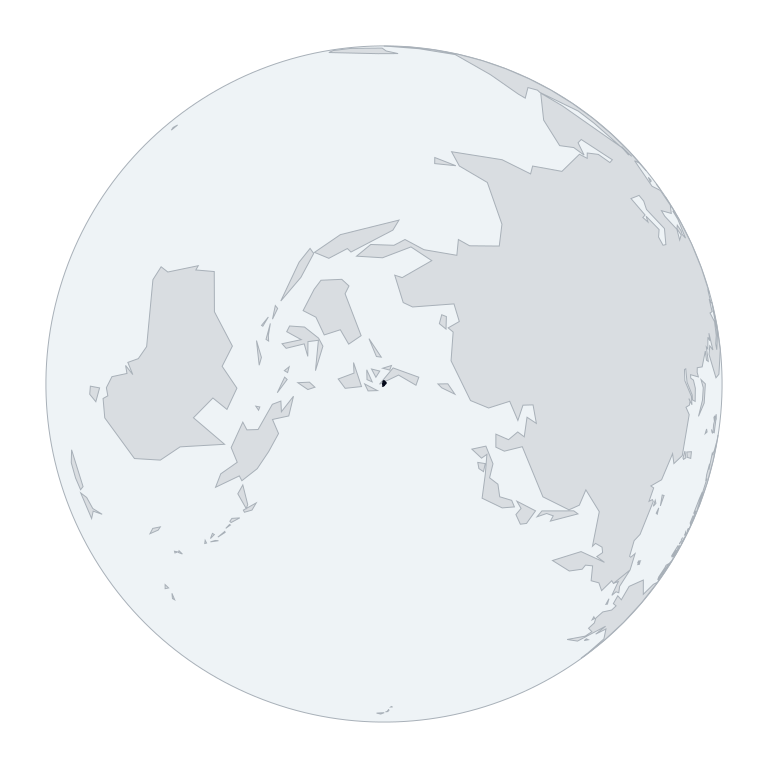 Albay on an orthographic globe, rotated 108°
{"feature_id": "PHL-2536", "entity_name": "Albay", "entity_type": "Province", "adm_level": 1, "iso_a3": "PHL", "parent_name": "Philippines", "parent_adm1": "", "projection": "orthographic", "projection_center": [123.793, 13.252], "detail": "fine", "context": "on_globe", "style": "filled", "palette": "ink", "viewbox_px": 768, "rotation_deg": 108, "n_neighbors": 0, "source": "natural_earth", "source_scale": "10m", "svg_char_len": 10502}
<svg xmlns="http://www.w3.org/2000/svg" viewBox="0 0 768 768"><g transform="rotate(108 384 384)"><circle cx="384" cy="384" r="338" fill="#eef3f6" stroke="#a8b0b8"/><path d="M653.9,516.4L653.5,518.6L653.2,519.0L653.9,516.4ZM581.2,109.6L558.5,96.1L548.4,97.2L556.5,105.4L545.9,98.4L568.7,120.5L570.4,130.9L561.6,114.7L555.3,109.8L553.1,114.0L546.2,110.1L541.2,110.2L533.2,105.5L528.6,97.6L523.3,94.7L522.0,98.0L513.2,96.2L515.9,91.6L500.7,88.3L490.3,76.8L503.9,72.4L491.3,65.9L487.9,62.5L512.5,71.5L536.4,82.4L559.3,95.1L581.2,109.6ZM699.3,289.4L696.5,282.2L698.9,285.1L699.3,289.4ZM694.3,279.1L695.4,281.3L694.3,279.7L694.3,279.1ZM693.2,278.8L694.0,279.0L693.4,279.5L693.2,278.8ZM692.0,279.4L692.5,278.7L692.6,279.1L692.0,279.4ZM689.2,277.9L688.4,277.3L688.6,276.0L689.2,277.9ZM578.3,108.1L575.8,106.2L584.1,111.9L582.9,111.2L578.3,108.1ZM563.8,112.8L564.1,110.6L566.1,114.3L563.8,112.8ZM541.9,111.1L544.0,113.2L540.5,112.5L541.9,111.1ZM525.0,104.9L518.7,103.7L524.3,103.5L525.0,104.9ZM514.6,102.0L499.4,100.1L502.8,104.2L484.8,92.5L503.6,97.4L510.0,96.2L509.9,99.1L514.6,102.0ZM476.8,59.1L487.8,62.5L485.4,62.2L478.4,59.7L479.4,60.9L467.1,57.5L463.8,56.1L467.8,56.8L460.1,55.1L463.7,55.6L476.8,59.1ZM477.3,86.8L473.0,85.6L476.6,85.4L477.3,86.8ZM457.3,54.1L456.1,53.9L446.2,51.9L449.9,52.6L450.9,52.8L457.3,54.1ZM485.7,63.2L482.6,63.1L471.9,60.1L469.2,59.7L466.6,57.4L485.7,63.2ZM447.4,52.1L441.2,51.0L437.9,50.4L447.4,52.1ZM459.8,54.8L458.5,54.7L456.0,54.0L459.8,54.8ZM439.2,50.7L440.7,51.0L441.2,51.1L436.3,50.3L439.2,50.7ZM459.2,55.8L455.4,54.8L459.8,56.5L451.9,54.9L451.6,53.9L448.4,53.7L446.0,53.2L448.4,53.0L459.2,55.8ZM426.1,48.7L436.2,50.2L432.8,50.2L429.7,49.2L419.1,47.9L426.1,48.7ZM441.8,51.8L436.2,50.7L439.1,50.9L444.7,51.8L441.8,51.8ZM446.6,54.4L458.8,57.1L458.4,57.3L446.6,54.4ZM429.1,49.7L430.0,50.0L428.1,49.6L429.1,49.7ZM440.6,52.7L445.0,53.5L444.4,53.7L440.6,52.7ZM428.0,50.2L427.0,49.7L430.8,50.2L428.0,50.2ZM433.3,51.3L431.5,51.4L432.7,50.6L435.3,51.6L433.3,51.3ZM439.4,52.8L440.5,53.2L437.7,52.5L439.4,52.8ZM414.3,49.4L414.9,48.3L423.2,49.0L421.5,49.9L414.3,49.4ZM100.2,200.6L95.0,209.6L94.2,214.7L113.1,190.2L114.5,181.0L125.4,167.0L133.0,163.5L133.4,173.7L137.7,168.8L146.4,153.2L155.7,147.3L150.5,147.4L145.8,153.4L142.4,154.1L146.5,148.8L149.6,146.6L152.1,142.3L136.6,155.4L130.1,162.9L131.0,160.0L120.3,172.7L119.2,174.0L136.6,153.8L155.5,135.0L175.9,117.8L197.5,102.2L193.4,105.5L195.7,104.3L206.1,98.0L202.7,101.0L213.8,94.3L215.7,95.9L222.6,88.9L235.1,83.0L243.3,80.9L248.6,78.1L235.2,81.8L228.7,84.7L221.2,88.9L204.7,97.7L224.5,86.1L226.5,85.0L247.8,74.7L271.2,68.5L275.5,70.2L255.5,84.0L247.0,86.0L250.0,81.7L235.3,90.7L242.2,87.5L239.4,90.4L250.5,86.9L249.1,88.9L262.3,82.6L261.7,84.7L253.4,88.6L269.4,86.7L271.7,91.1L276.1,89.8L280.1,87.2L280.4,95.3L283.6,94.1L284.7,90.9L291.8,86.6L304.4,82.7L303.8,85.7L299.2,87.5L288.6,96.4L276.3,101.7L277.4,102.7L287.9,98.9L300.8,87.8L308.6,84.7L303.6,89.6L306.0,87.6L309.7,87.0L312.8,89.6L318.8,84.3L360.0,78.2L370.1,83.7L361.1,88.0L389.3,90.4L398.5,98.7L399.5,95.4L413.7,95.7L411.0,93.0L412.6,91.6L447.9,94.0L455.7,97.7L472.0,97.2L472.5,95.8L467.7,92.8L484.8,92.5L502.8,104.2L500.7,106.6L513.3,113.2L506.7,118.2L507.1,126.2L492.5,129.4L494.0,136.4L498.9,138.3L504.6,150.0L499.8,169.2L482.5,144.8L485.5,119.2L482.4,128.3L476.8,124.0L471.8,126.2L470.2,133.5L473.9,135.6L438.9,139.8L422.3,159.3L438.9,160.8L446.5,169.2L442.2,198.0L400.9,233.1L410.7,248.8L409.5,258.1L397.1,262.1L398.5,248.4L388.3,242.0L390.9,234.3L371.4,237.7L374.4,226.9L357.8,235.8L361.2,245.3L377.3,245.4L361.6,259.1L374.5,277.1L373.0,296.6L341.2,327.4L313.2,334.3L310.8,340.3L301.3,331.7L286.2,342.2L301.9,380.6L300.6,390.9L277.2,407.4L277.2,399.6L251.9,376.7L245.3,400.7L264.4,424.4L270.9,449.6L255.4,439.7L249.0,417.4L240.1,408.7L243.9,387.5L239.1,354.5L223.6,357.9L226.1,345.3L217.2,317.0L195.6,321.2L160.4,348.0L153.4,379.7L142.2,391.5L134.2,341.0L138.9,309.5L130.8,310.0L126.8,280.5L105.1,269.1L106.6,260.5L101.5,262.1L99.4,251.1L103.6,237.6L100.2,236.1L90.5,272.0L94.6,274.0L104.5,264.4L100.5,276.6L103.0,290.6L83.7,313.7L59.0,324.8L64.3,300.5L85.8,230.3L89.5,224.1L90.0,223.4L90.7,221.9L84.7,231.5L91.0,218.7L71.1,264.6L64.4,283.7L58.5,325.9L57.1,328.9L57.6,338.7L68.5,338.0L66.8,345.8L56.9,378.4L48.7,418.1L54.3,454.3L61.3,483.4L62.7,488.6L55.8,464.6L50.8,440.1L47.5,415.3L46.1,390.3L46.6,365.3L48.9,340.4L53.0,315.7L59.0,291.4L66.7,267.7L76.2,244.5L87.4,222.1L100.2,200.6ZM125.8,199.7L131.3,206.4L142.6,187.9L145.6,189.3L148.4,183.0L143.4,186.6L152.1,170.1L159.4,168.3L165.8,161.5L164.3,159.0L149.5,165.3L136.9,188.3L129.8,193.5L125.8,199.7ZM402.2,46.6L403.9,46.7L397.5,46.4L404.6,46.9L394.3,46.6L395.9,46.9L387.3,47.5L374.1,47.6L376.9,48.0L370.5,49.1L359.2,49.7L365.1,48.5L348.5,50.4L350.0,49.2L348.0,49.6L344.8,49.3L337.4,49.7L339.7,49.2L335.9,49.7L333.7,49.9L329.2,50.6L330.1,50.4L354.0,47.4L378.1,46.1L402.2,46.6ZM411.6,49.5L395.4,48.6L388.3,47.9L406.1,47.3L406.1,47.1L417.3,47.7L427.4,49.1L423.2,48.6L421.6,48.6L419.1,48.2L419.8,48.6L414.2,48.2L413.2,48.6L408.2,48.1L411.6,49.5ZM310.1,58.7L314.6,57.2L316.2,57.2L328.3,54.9L328.1,56.2L320.7,58.0L310.1,58.7ZM109.5,193.1L105.8,196.5L107.6,193.2L108.5,192.6L109.5,193.1ZM113.2,181.9L109.7,186.9L111.8,183.8L113.2,181.9ZM312.0,59.6L317.0,58.4L313.8,59.9L312.0,59.6ZM328.6,57.1L326.0,58.5L329.5,56.1L328.6,57.1ZM201.4,660.3L208.3,664.7L205.1,663.8L201.4,660.3ZM71.7,491.8L85.8,538.9L82.6,535.4L75.1,519.3L65.1,489.6L66.6,484.9L65.4,472.7L71.7,491.8ZM356.0,514.7L366.5,517.1L366.1,518.6L356.0,514.7ZM345.0,508.5L356.8,510.1L343.0,511.6L345.0,508.5ZM361.5,510.8L373.6,509.0L378.8,507.0L378.0,510.0L361.5,510.8ZM337.0,507.8L294.4,502.4L277.9,496.2L281.6,491.2L308.3,496.0L337.0,507.8ZM280.3,490.8L255.4,471.6L223.5,420.4L234.9,423.1L268.7,456.2L266.5,460.7L281.5,475.3L280.3,490.8ZM341.5,469.4L339.2,483.6L315.5,479.7L304.8,476.0L297.5,456.5L301.6,447.6L310.2,448.9L345.1,420.7L357.0,429.9L345.9,442.3L355.8,456.0L341.5,469.4ZM154.2,383.1L158.7,403.9L152.9,405.7L154.2,383.1ZM360.2,399.7L345.5,412.3L359.3,394.9L360.2,399.7ZM369.0,382.9L369.4,390.1L364.1,382.6L369.0,382.9ZM309.5,350.0L300.3,350.5L300.6,345.5L312.6,342.0L309.5,350.0ZM371.8,313.4L369.8,327.9L367.3,332.7L364.1,323.4L371.8,313.4ZM317.6,74.9L301.0,76.1L288.9,79.2L281.9,83.8L284.6,78.4L303.2,73.6L317.6,74.9ZM354.8,77.1L360.9,74.1L363.1,75.8L362.0,76.8L354.8,77.1ZM355.1,75.0L353.4,70.7L360.0,69.3L360.0,72.9L355.1,75.0ZM332.0,63.2L327.1,63.3L329.8,61.9L332.0,63.2ZM574.6,638.5L578.3,639.9L568.7,648.3L555.5,657.1L543.1,660.8L574.6,638.5ZM476.8,662.6L475.6,653.3L489.9,652.6L484.7,660.7L476.8,662.6ZM583.8,631.7L592.4,622.5L595.0,611.8L594.8,621.3L602.3,620.5L581.3,638.8L583.8,631.7ZM421.8,621.3L356.2,636.0L341.4,632.2L344.3,624.2L328.9,597.2L333.7,598.2L329.5,580.2L367.7,567.6L394.8,539.9L417.2,543.4L433.4,522.6L456.7,525.5L450.2,542.4L475.0,554.8L490.6,517.0L506.8,558.5L525.5,573.2L532.0,598.3L502.5,639.1L484.6,646.7L480.6,643.0L473.3,646.9L461.1,645.0L453.4,631.7L446.2,635.5L452.7,625.8L442.6,634.3L435.8,625.5L421.8,621.3ZM589.0,552.6L592.7,553.6L598.7,560.3L592.8,559.3L589.0,552.6ZM644.5,525.8L646.3,528.9L642.4,530.2L644.5,525.8ZM653.2,519.0L648.6,521.0L653.9,516.4L653.2,519.0ZM607.4,528.2L609.3,530.6L607.8,531.6L607.4,528.2ZM605.9,527.4L608.0,523.2L607.8,527.3L605.9,527.4ZM587.9,505.8L590.1,503.6L591.1,505.2L587.9,505.8ZM382.1,518.7L396.6,508.8L404.7,508.5L382.1,518.7ZM584.6,501.3L579.1,501.0L579.6,498.8L584.6,501.3ZM584.9,496.1L584.2,493.0L587.8,500.3L584.9,496.1ZM574.2,489.2L581.0,494.7L573.4,489.9L574.2,489.2ZM570.2,489.9L565.3,487.5L565.6,486.5L570.2,489.9ZM516.1,493.2L534.3,512.3L519.9,511.5L503.8,499.4L491.7,509.7L463.9,506.5L470.0,500.2L466.2,489.7L437.8,483.9L432.1,476.8L442.1,473.0L423.6,466.3L443.8,464.7L452.2,479.1L463.7,469.0L483.9,472.8L503.7,478.4L519.9,489.3L516.1,493.2ZM444.2,495.0L447.7,495.2L444.7,499.1L444.2,495.0ZM555.9,479.8L563.0,486.6L562.2,488.2L558.8,487.1L555.9,479.8ZM523.6,487.1L540.9,476.3L545.0,476.6L533.6,489.1L523.6,487.1ZM536.6,468.8L544.7,470.6L549.1,477.1L547.4,478.8L536.6,468.8ZM402.9,479.2L402.1,482.9L396.9,479.5L402.9,479.2ZM409.6,477.5L425.3,482.8L408.2,480.6L409.6,477.5ZM362.7,459.9L367.2,469.4L381.3,465.0L370.5,472.3L380.3,488.1L377.2,493.4L367.4,476.4L364.3,492.7L358.0,491.7L354.4,477.2L360.6,460.4L366.9,453.8L392.5,453.3L362.7,459.9ZM409.4,466.4L405.3,455.5L408.4,448.7L412.8,454.7L409.4,466.4ZM393.4,429.1L382.9,415.9L373.0,419.6L393.4,404.6L400.1,419.6L393.4,429.1ZM385.1,401.5L375.8,404.8L385.6,395.9L385.1,401.5ZM373.6,400.5L373.0,392.0L380.1,393.8L373.6,400.5ZM389.9,402.4L392.3,388.2L395.5,397.0L389.9,402.4ZM371.0,372.9L385.6,388.2L365.9,380.3L366.8,353.0L375.3,353.2L371.0,372.9ZM429.6,270.6L428.4,263.1L436.6,262.3L435.1,267.6L429.6,270.6ZM462.3,255.4L438.4,259.8L419.1,264.4L424.4,268.3L418.8,280.3L411.6,267.9L426.2,255.7L440.6,254.6L444.1,244.7L455.5,239.1L455.2,226.6L460.6,222.0L465.3,233.3L462.3,255.4ZM454.4,221.4L457.8,200.7L472.6,205.4L475.2,211.0L467.4,218.2L460.0,215.2L454.4,221.4ZM463.0,197.4L455.9,194.6L446.0,164.3L447.6,159.4L463.0,183.4L457.1,182.3L456.9,189.3L463.0,197.4ZM473.6,87.2L473.0,85.7L476.2,87.5L473.6,87.2ZM410.8,90.1L413.5,88.5L417.1,90.1L410.8,90.1ZM422.8,85.2L416.9,84.4L423.4,83.9L422.8,85.2ZM403.5,83.2L414.6,83.5L403.6,85.1L403.5,83.2Z" fill="#d9dde1" stroke="#a8b0b8" stroke-width="1"/><path d="M382.9,382.4L383.3,382.6L383.5,383.0L383.6,383.3L383.7,383.5L383.8,383.6L384.0,383.7L384.1,383.8L384.2,384.1L384.3,384.1L384.0,384.1L383.9,384.2L383.8,384.3L383.8,384.5L383.9,384.8L383.7,384.9L383.7,385.0L383.8,385.0L383.7,385.1L383.9,385.2L384.0,385.2L384.4,384.8L384.4,384.7L384.5,384.6L384.8,384.7L384.8,384.8L384.7,385.1L384.3,385.2L384.0,385.3L383.8,385.3L383.6,385.2L383.4,385.2L383.2,385.2L382.6,385.4L382.4,385.5L382.2,385.6L382.0,385.3L381.9,385.3L381.8,385.2L381.7,385.2L381.5,385.3L381.3,385.4L381.2,385.4L381.1,385.2L381.0,384.8L381.2,384.3L381.2,384.1L382.0,383.3L382.3,383.3L382.3,383.2L382.6,383.3L382.8,383.3L382.8,383.1L382.9,382.9L382.8,382.7L382.7,382.7L382.6,382.4L382.8,382.4L382.9,382.4ZM385.7,384.0L385.4,384.2L385.2,384.1L384.8,384.0L384.7,384.0L384.7,383.9L385.0,383.8L385.3,383.8L385.5,383.8L385.7,384.0ZM384.6,383.9L384.6,384.0L384.4,384.0L384.3,383.9L384.3,383.7L384.3,383.4L384.6,383.5L384.6,383.8L384.6,383.9ZM386.0,384.4L385.8,384.4L385.6,384.3L385.6,384.2L385.8,384.1L386.0,384.1L386.3,384.2L386.4,384.3L386.3,384.5L386.1,384.4L386.0,384.4ZM384.1,383.3L383.9,383.2L384.0,383.1L384.2,383.3L384.3,383.3L384.2,383.4L384.1,383.3Z" fill="#0f172a" stroke="#020617" stroke-width="1.5"/></g></svg>